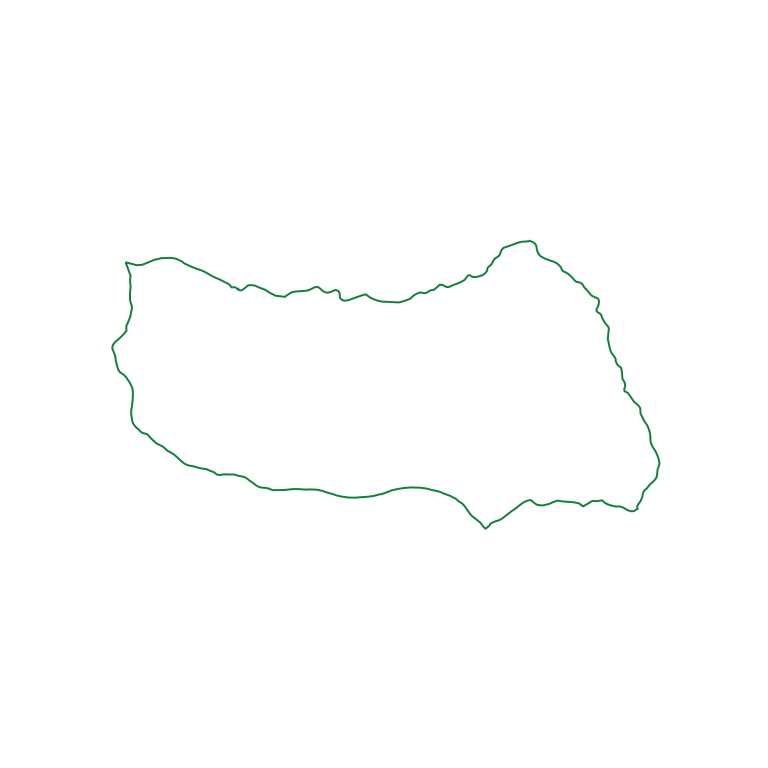 the district of Suscal, Cañar, Ecuador, rotated 231°
{"feature_id": "8360857B89634065401442", "entity_name": "Suscal", "entity_type": "district", "adm_level": 2, "iso_a3": "ECU", "parent_name": "Ecuador", "parent_adm1": "Cañar", "projection": "robinson", "projection_center": [-79.067, -2.464], "detail": "fine", "context": "isolated", "style": "outline", "palette": "green", "viewbox_px": 768, "rotation_deg": 231, "n_neighbors": 0, "source": "geoboundaries", "source_scale": "gbopen_adm2", "svg_char_len": 6166}
<svg xmlns="http://www.w3.org/2000/svg" viewBox="0 0 768 768"><g transform="rotate(231 384 384)"><path d="M495.9,167.1L493.8,168.4L492.1,168.6L489.8,168.6L486.2,169.0L481.4,169.7L474.8,172.6L471.2,173.4L468.3,173.7L465.1,175.1L461.4,176.4L455.4,177.5L452.4,177.8L447.6,178.8L444.3,180.4L441.8,182.5L438.8,185.0L436.9,186.3L434.9,187.6L433.1,189.1L429.9,192.2L426.0,194.2L424.2,195.4L421.7,196.6L419.4,197.0L418.0,197.7L416.6,199.2L415.2,201.5L413.7,203.8L411.7,206.0L409.9,208.3L408.0,210.6L407.2,211.2L405.1,212.5L403.0,214.3L400.1,216.5L398.7,217.3L396.5,218.1L393.2,218.8L390.8,219.6L386.0,220.7L383.0,221.9L380.9,223.3L377.6,226.8L375.2,228.7L371.5,230.7L364.3,239.9L359.5,247.3L355.6,252.0L351.1,256.8L349.1,259.6L344.4,265.0L340.1,268.5L334.8,271.9L331.6,274.3L328.4,276.3L327.0,277.2L323.2,280.2L319.9,283.3L318.4,284.6L315.3,288.3L314.1,289.6L310.6,294.8L307.0,299.8L304.0,304.6L302.1,308.6L301.4,310.4L300.1,312.6L299.0,315.4L296.7,322.4L294.4,327.4L291.4,332.8L288.2,337.6L287.0,339.4L284.2,342.7L280.7,346.8L276.2,351.1L271.5,354.5L268.5,357.0L264.2,360.1L261.4,361.4L255.7,364.9L253.3,365.9L249.7,367.6L246.2,368.1L241.5,369.6L237.5,369.8L234.9,369.5L229.5,369.2L226.9,369.2L215.6,371.6L210.0,371.4L207.8,371.8L207.6,373.4L207.6,375.8L208.0,377.8L208.5,378.7L207.8,382.4L206.0,387.0L205.6,388.4L205.3,389.8L205.0,392.2L204.9,402.9L204.5,407.0L204.4,414.1L204.2,417.6L203.9,419.2L203.5,421.0L202.7,422.8L201.6,424.9L196.0,426.2L194.7,426.6L193.2,427.3L190.1,430.5L189.7,431.1L189.1,432.0L187.7,435.1L187.0,436.6L186.6,437.8L185.8,441.0L184.9,443.6L184.3,445.1L183.9,445.8L183.5,446.2L181.5,447.8L180.4,448.8L172.9,456.8L169.2,459.9L168.3,460.5L167.7,460.7L164.4,461.4L163.7,461.7L163.5,462.1L162.8,466.5L162.3,470.9L162.0,472.0L161.4,473.0L159.0,475.8L156.4,480.2L152.9,480.8L151.6,481.2L150.1,482.0L147.8,483.3L146.0,484.6L143.9,486.2L142.7,487.4L140.7,489.8L140.0,490.5L139.3,491.0L137.4,492.1L132.6,493.9L130.1,495.5L129.2,496.4L128.5,497.4L128.2,498.0L127.9,498.7L127.5,501.9L127.3,502.4L129.7,503.9L130.7,506.5L131.6,509.9L133.5,513.3L135.7,516.1L136.8,517.8L137.5,519.9L137.5,522.5L138.5,527.3L139.0,533.9L139.8,536.9L141.8,539.3L145.2,542.6L146.9,545.3L147.6,546.5L148.8,548.0L150.8,549.2L153.1,550.3L153.4,550.5L154.1,550.8L158.1,552.0L162.4,552.9L165.5,553.1L169.2,554.0L171.4,554.9L173.3,556.1L175.3,557.9L179.5,560.3L182.4,561.4L184.9,562.2L187.5,562.7L190.4,562.9L192.2,563.0L195.9,564.0L199.1,564.6L199.6,564.8L203.9,567.9L205.9,568.2L208.8,567.9L212.0,567.2L215.5,567.3L223.4,568.0L227.0,566.4L228.9,567.5L230.1,569.4L231.2,570.6L233.7,572.0L238.0,572.6L241.6,575.1L247.0,578.4L251.9,577.6L253.4,577.7L255.3,578.3L256.4,578.7L257.4,579.6L258.3,579.9L259.4,580.2L265.3,580.4L267.4,581.0L267.9,581.3L270.8,582.5L274.9,584.7L278.3,586.3L285.0,593.1L285.5,593.5L286.4,594.0L287.2,594.2L288.6,594.3L291.2,594.1L294.3,594.4L295.8,594.8L297.3,595.0L298.9,595.3L300.0,596.0L301.7,596.3L302.8,596.1L304.4,595.5L306.5,595.0L308.3,596.0L308.7,597.5L310.5,600.4L311.0,601.3L312.5,602.5L313.1,603.2L314.3,603.8L315.7,604.0L316.3,603.8L318.0,602.9L318.5,602.5L322.3,600.9L330.6,600.8L332.5,600.4L334.8,600.8L337.4,600.9L338.7,600.4L340.9,599.1L342.1,597.9L344.0,597.4L349.1,597.2L353.8,596.4L356.8,595.3L358.1,594.5L359.8,594.0L361.4,594.3L363.1,594.8L363.8,594.9L366.2,594.8L368.7,594.4L372.4,592.8L376.0,590.4L380.5,587.8L383.6,586.5L385.9,585.9L388.4,586.2L390.6,586.7L393.6,588.1L394.7,588.9L396.4,589.6L397.6,589.7L400.6,589.0L401.2,588.6L402.4,588.0L403.7,587.3L403.8,586.4L404.7,585.0L407.8,580.6L408.9,578.5L409.9,575.8L412.3,568.7L414.3,563.5L414.5,562.6L414.5,561.8L414.4,560.7L414.2,559.9L413.4,558.4L411.3,554.7L411.3,551.9L411.7,549.7L411.6,548.6L411.0,546.7L409.7,543.6L409.3,542.4L409.2,538.5L409.0,537.8L408.6,536.9L407.4,535.7L407.0,535.0L406.8,534.3L406.6,533.1L406.5,531.9L406.5,529.8L406.6,529.1L406.9,528.2L408.7,523.7L409.6,522.7L410.6,521.1L411.0,520.7L411.5,520.3L414.6,519.0L415.0,518.7L415.2,518.3L415.3,517.8L415.4,517.0L415.1,515.8L414.3,512.7L414.2,511.8L414.3,511.2L414.9,507.9L415.4,505.9L417.8,498.7L418.1,497.2L418.1,496.5L419.2,494.6L419.9,493.8L421.2,493.0L424.3,491.8L425.0,491.1L426.1,489.6L425.8,485.0L425.9,481.4L426.9,480.2L427.4,479.4L427.6,478.5L428.1,474.7L428.3,474.1L428.5,473.6L429.6,472.2L432.7,469.3L433.7,465.7L434.0,464.0L434.1,462.6L433.8,458.5L433.8,457.9L434.6,455.5L435.8,451.8L438.1,446.8L449.6,434.0L453.0,431.4L455.9,429.6L459.4,427.9L460.9,427.3L464.7,426.5L465.7,425.1L466.6,423.0L469.5,415.1L471.4,409.3L473.4,405.9L474.6,405.0L475.4,404.5L476.4,404.2L477.6,404.1L478.7,404.2L479.3,404.4L481.6,406.1L482.9,406.7L484.0,407.0L484.8,407.0L487.4,405.8L488.3,403.5L488.9,401.0L489.9,398.6L490.8,397.2L491.9,396.3L494.3,395.1L495.5,394.8L498.2,394.5L501.1,393.6L501.5,393.2L502.2,392.2L502.8,391.0L504.2,384.9L505.3,382.5L507.8,378.7L509.8,376.1L511.4,373.6L512.9,371.1L513.2,370.3L513.7,367.9L514.0,364.5L514.1,361.9L520.8,355.3L524.3,353.8L527.1,352.4L529.8,351.7L533.0,350.4L536.0,348.6L542.0,345.4L544.7,342.7L546.2,340.4L546.1,335.8L546.2,333.8L546.7,331.8L548.0,330.6L549.4,330.6L549.4,330.0L550.5,329.9L551.4,329.7L553.2,329.0L553.5,328.6L554.4,327.0L555.0,326.4L555.5,326.3L556.2,326.4L558.4,326.5L566.9,322.9L575.8,318.4L581.7,316.2L584.3,315.1L587.6,313.4L592.5,310.3L597.3,307.6L603.4,304.7L606.5,304.0L612.2,301.3L616.5,297.4L618.9,294.0L621.6,290.7L625.0,283.8L626.7,277.8L628.9,270.9L632.2,266.3L634.0,265.1L636.1,263.6L640.7,260.1L640.1,259.3L637.8,258.7L631.2,256.4L627.9,255.3L623.2,250.9L619.9,249.0L617.8,247.1L615.1,244.4L612.8,242.4L609.8,240.1L609.3,239.5L608.3,239.1L605.6,237.9L603.6,237.3L603.1,237.0L600.7,234.9L600.3,234.3L597.9,231.5L596.3,229.5L594.4,226.4L591.9,221.8L591.4,220.5L590.3,219.5L587.9,217.7L587.2,217.0L587.3,216.6L586.6,213.7L586.1,209.1L585.9,206.4L585.9,201.7L584.9,197.7L582.9,195.4L580.3,194.5L575.3,193.0L572.5,191.2L568.9,189.3L563.4,186.8L561.6,186.3L558.7,186.3L557.0,187.0L554.8,187.6L550.9,187.9L548.3,187.5L545.1,187.3L539.6,186.0L537.8,185.1L534.3,182.7L529.8,178.6L525.5,174.3L522.9,171.3L519.5,168.4L513.8,165.2L511.6,164.2L506.7,164.0L502.9,164.7L500.5,164.8L497.8,165.5L495.9,167.1Z" fill="none" stroke="#15803d" stroke-width="2"/></g></svg>